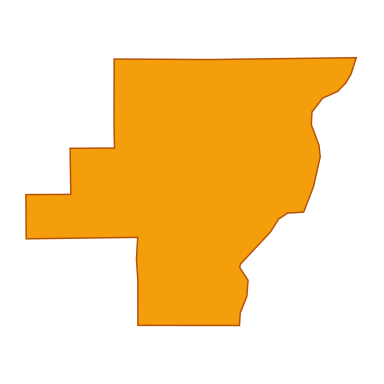 Warren, Missouri, United States of America, rotated 269°
{"feature_id": "52423323B24848348476701", "entity_name": "Warren", "entity_type": "district", "adm_level": 2, "iso_a3": "USA", "parent_name": "United States of America", "parent_adm1": "Missouri", "projection": "orthographic", "projection_center": [-91.171, 38.77], "detail": "fine", "context": "isolated", "style": "filled", "palette": "amber", "viewbox_px": 384, "rotation_deg": 269, "n_neighbors": 0, "source": "geoboundaries", "source_scale": "gbopen_adm2", "svg_char_len": 571}
<svg xmlns="http://www.w3.org/2000/svg" viewBox="0 0 384 384"><g transform="rotate(269 192 192)"><path d="M323.4,358.6L324.0,243.4L324.1,212.8L326.3,116.5L259.1,115.2L237.3,115.3L237.8,70.9L191.7,70.8L192.3,25.9L148.1,25.4L147.6,136.9L126.1,135.3L104.5,136.3L59.6,135.6L57.7,237.1L70.2,238.1L86.6,245.0L102.7,246.5L115.9,238.3L119.4,239.5L150.5,269.6L163.6,278.3L169.3,287.3L169.9,303.3L195.4,313.6L224.9,320.8L236.4,319.8L257.2,312.5L269.8,313.3L283.6,324.3L290.0,339.3L298.1,347.5L307.0,353.0L323.4,358.6Z" fill="#f59e0b" stroke="#b45309" stroke-width="1.5"/></g></svg>